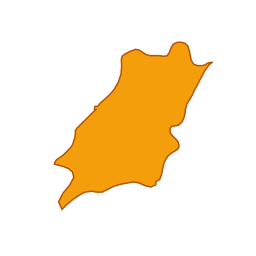 the Province of Ilocos Norte, rotated 20°
{"feature_id": "PHL-2547", "entity_name": "Ilocos Norte", "entity_type": "Province", "adm_level": 1, "iso_a3": "PHL", "parent_name": "Philippines", "parent_adm1": "", "projection": "mercator", "projection_center": [120.728, 18.175], "detail": "fine", "context": "isolated", "style": "filled", "palette": "amber", "viewbox_px": 256, "rotation_deg": 20, "n_neighbors": 0, "source": "natural_earth", "source_scale": "10m", "svg_char_len": 1390}
<svg xmlns="http://www.w3.org/2000/svg" viewBox="0 0 256 256"><g transform="rotate(20 128 128)"><path d="M71.2,187.2L71.0,185.4L71.6,182.4L76.3,175.7L80.5,166.7L81.4,163.9L81.6,160.3L81.3,155.7L80.6,151.4L79.4,148.7L80.0,145.8L91.2,122.0L90.7,122.3L90.0,121.6L89.6,120.3L89.6,119.1L90.1,118.7L91.1,118.4L92.0,117.9L92.4,117.1L93.2,114.5L99.2,103.4L101.8,96.5L103.2,88.2L103.0,79.6L100.7,71.6L98.3,66.0L98.1,62.4L100.0,59.3L104.1,55.0L108.2,51.5L111.4,50.9L119.9,52.8L124.1,52.4L133.0,49.2L136.8,48.5L140.1,46.7L141.1,42.5L141.1,37.6L141.8,34.0L144.5,30.9L148.6,29.2L152.8,28.9L156.1,30.4L159.1,34.3L164.3,42.8L167.8,45.5L171.3,45.7L175.3,44.5L178.7,42.5L180.1,40.5L181.7,38.9L185.0,37.3L184.9,37.3L182.6,40.8L180.6,48.2L177.4,70.9L177.0,75.8L175.1,85.7L175.6,90.6L176.6,94.8L177.1,99.2L176.7,103.6L174.8,107.6L172.4,109.6L170.1,110.5L168.4,111.6L167.8,114.3L169.4,118.2L173.1,120.5L177.2,122.2L180.1,124.2L181.8,126.8L182.4,129.1L181.7,131.3L177.0,137.2L175.2,140.6L174.2,144.3L173.8,149.0L175.4,160.2L175.4,165.6L172.7,168.7L172.8,169.5L173.6,171.8L169.5,175.7L163.6,176.3L157.2,175.9L151.5,176.8L140.4,183.3L134.7,187.5L125.7,197.1L120.6,198.9L115.4,199.9L109.6,202.9L105.2,207.7L100.6,214.2L96.5,221.2L93.8,227.1L88.0,221.1L89.2,211.5L92.8,201.2L93.9,193.0L91.0,188.4L86.2,186.5L80.4,186.3L74.9,186.8L71.2,187.2L71.2,187.2Z" fill="#f59e0b" stroke="#b45309" stroke-width="1.5"/></g></svg>